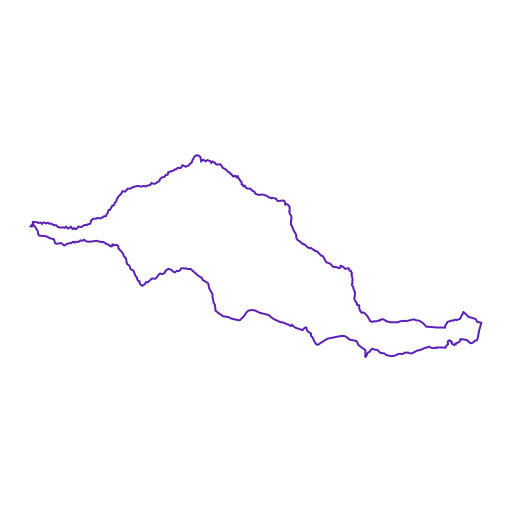 outline of Arbeláez, Cundinamarca, Colombia
{"feature_id": "7082276B25654639268061", "entity_name": "Arbeláez", "entity_type": "district", "adm_level": 2, "iso_a3": "COL", "parent_name": "Colombia", "parent_adm1": "Cundinamarca", "projection": "natural_earth1", "projection_center": [-74.432, 4.234], "detail": "fine", "context": "isolated", "style": "outline", "palette": "violet", "viewbox_px": 512, "rotation_deg": 0, "n_neighbors": 0, "source": "geoboundaries", "source_scale": "gbopen_adm2", "svg_char_len": 6052}
<svg xmlns="http://www.w3.org/2000/svg" viewBox="0 0 512 512"><path d="M142.2,285.8L144.7,284.3L145.9,282.2L147.5,282.4L150.2,280.2L151.4,278.8L152.3,278.5L155.2,278.8L156.7,277.5L158.2,275.2L160.0,273.5L161.9,274.2L164.4,273.2L165.5,270.8L168.0,269.0L168.8,268.9L171.0,269.7L174.0,272.2L174.9,272.4L176.7,270.9L178.6,271.1L179.7,270.6L181.2,268.3L183.4,268.3L184.5,268.6L186.1,268.3L187.6,269.1L190.6,269.0L198.7,276.1L201.9,277.9L202.6,279.9L207.7,282.9L208.3,283.6L209.1,288.1L212.5,294.2L212.5,297.7L213.2,299.2L213.1,300.5L213.6,302.6L215.0,305.2L215.5,310.6L219.1,313.6L221.4,314.9L222.6,316.2L228.5,317.1L231.3,318.6L239.1,320.3L240.0,320.1L244.0,316.1L246.5,312.4L248.5,310.6L251.5,310.0L254.8,310.4L259.8,312.8L268.5,315.0L273.4,318.9L280.5,322.2L282.9,322.4L287.4,324.4L288.8,324.6L290.7,326.1L291.3,326.0L291.9,324.8L292.2,324.9L294.1,326.9L296.2,328.0L302.6,330.1L304.7,327.8L306.3,327.5L307.0,330.4L308.1,331.7L311.0,333.5L311.1,336.0L312.8,337.7L314.2,341.2L316.3,344.3L317.1,344.7L318.1,344.7L323.6,341.0L327.8,338.6L340.9,336.0L343.8,336.0L345.5,336.4L348.4,338.5L349.1,339.5L356.2,340.9L357.4,342.6L358.3,344.8L359.3,345.7L365.4,350.2L365.4,354.9L365.1,356.2L365.6,356.8L366.0,356.6L367.8,352.7L369.6,351.8L371.0,349.7L372.2,348.8L375.8,349.9L377.3,349.9L380.3,352.8L384.2,353.4L386.4,355.1L391.8,356.2L395.4,355.5L397.1,354.4L399.5,353.8L402.5,354.1L404.7,352.7L408.2,352.6L409.4,353.3L412.1,353.3L417.3,350.5L419.4,350.3L425.7,347.6L427.0,347.7L428.8,346.6L431.1,347.7L433.1,348.1L434.6,348.1L435.5,347.5L436.8,348.0L437.0,347.6L438.5,347.4L445.5,347.6L446.4,345.7L447.9,344.6L448.0,343.4L447.6,342.4L447.9,341.4L449.5,340.2L450.2,340.9L450.9,341.1L451.1,342.2L451.7,342.1L451.7,342.9L452.3,344.0L454.4,345.0L454.7,344.3L455.8,344.4L456.2,343.0L458.0,342.7L459.4,341.8L460.5,339.1L461.4,339.7L462.8,339.2L467.0,340.1L467.9,341.3L469.1,341.8L470.0,342.9L471.4,343.2L473.2,342.4L475.0,340.6L476.6,340.5L477.1,339.7L477.8,338.0L479.1,330.7L481.3,322.8L477.2,321.8L475.6,319.1L474.5,318.6L468.0,316.7L467.3,315.5L463.6,312.1L463.2,312.2L462.6,314.1L461.3,316.0L460.2,318.7L456.7,320.1L455.3,319.6L453.3,320.6L452.2,320.4L447.6,321.9L445.3,325.5L445.1,327.6L437.1,327.5L426.2,326.6L422.9,323.0L419.2,320.7L415.8,320.2L413.8,319.3L406.3,321.1L402.9,320.8L399.6,321.5L398.1,322.3L389.5,322.2L387.2,321.3L386.2,321.3L385.6,320.6L382.7,319.1L380.7,319.6L380.1,320.5L379.2,320.3L376.9,321.2L373.2,321.4L372.1,321.9L370.4,321.2L369.8,320.8L369.6,319.8L367.1,315.8L365.2,313.7L363.4,312.4L361.7,312.8L360.1,310.7L359.2,307.9L359.3,306.1L359.1,305.3L357.2,305.1L356.8,303.3L354.6,299.9L354.2,298.0L354.7,296.9L355.0,292.1L353.6,289.3L353.4,287.6L351.8,284.6L352.5,283.2L352.3,280.9L352.6,280.0L352.3,277.4L351.4,274.6L352.0,273.2L351.3,272.3L351.1,271.2L349.5,270.6L349.1,268.9L348.3,268.2L345.3,268.9L343.0,266.7L341.4,266.3L341.0,265.8L340.5,266.0L340.8,267.0L339.4,268.1L338.3,268.0L337.2,267.3L332.8,266.7L330.4,263.8L326.2,262.2L323.1,256.5L322.0,255.7L321.0,255.5L317.1,251.4L314.9,250.8L314.1,249.8L312.9,249.5L311.0,248.0L309.4,248.1L307.6,247.4L305.0,244.7L304.1,244.6L303.5,243.9L302.4,243.8L299.5,241.1L297.6,240.0L296.4,238.2L296.2,234.8L293.2,229.6L291.8,225.6L290.9,224.5L291.1,220.0L291.4,219.5L291.5,217.8L291.0,215.4L289.7,213.7L289.6,212.3L289.1,211.5L289.7,210.7L289.5,206.6L288.1,204.9L286.6,204.0L285.3,204.6L285.0,202.5L284.3,200.9L283.3,200.5L278.1,201.0L277.3,200.6L275.9,198.6L272.4,197.9L271.3,198.3L270.8,197.7L269.1,197.6L266.6,195.6L264.6,195.3L263.9,194.8L261.3,194.5L259.3,195.0L256.3,194.1L255.1,193.4L254.4,191.7L252.6,190.9L250.3,188.7L248.0,188.7L246.1,188.0L244.9,185.8L243.8,186.3L243.3,186.0L242.8,184.7L241.6,184.4L241.5,182.0L239.4,179.6L239.0,178.4L237.8,177.8L237.9,176.5L237.6,176.1L236.4,177.1L235.1,175.8L234.0,175.9L233.6,176.5L233.0,176.4L231.3,174.1L230.3,173.7L229.8,172.6L228.4,172.1L226.0,169.6L222.8,167.8L220.7,164.6L219.4,164.3L216.9,164.6L215.6,163.9L215.0,162.7L213.5,162.3L212.4,161.5L211.2,162.8L210.2,161.1L207.7,160.2L207.3,160.1L205.7,161.3L203.2,159.7L201.2,161.3L200.3,156.8L197.6,155.2L195.2,155.8L193.8,157.7L193.4,158.9L192.5,159.9L192.1,161.8L191.3,162.5L191.2,163.1L189.6,164.1L188.6,165.6L187.5,165.8L185.8,166.7L182.6,165.3L182.2,165.4L181.3,167.4L180.6,168.0L177.7,167.9L176.0,169.5L175.0,169.3L173.8,170.3L168.1,172.4L168.0,173.9L167.5,174.8L165.8,174.9L164.4,176.9L162.1,177.3L159.9,179.3L159.3,181.3L157.9,181.6L156.6,182.8L154.8,183.8L153.6,183.8L151.5,183.0L150.4,185.0L147.6,185.5L145.8,186.5L144.4,185.9L140.4,186.6L138.8,185.9L137.0,186.1L133.1,187.0L130.2,188.7L127.7,188.6L125.2,191.6L122.4,191.3L121.1,193.9L118.3,196.6L116.7,199.4L116.3,201.2L114.7,202.9L114.2,204.9L113.7,205.4L112.5,205.5L109.9,209.9L108.5,210.1L107.7,213.1L106.5,214.4L106.0,216.1L104.2,216.2L102.9,217.3L101.4,217.7L100.3,218.5L97.3,217.9L96.5,218.6L93.2,218.8L91.0,220.8L90.5,223.2L89.8,224.0L88.1,224.2L86.9,225.1L84.5,225.0L81.2,227.1L78.4,226.6L77.2,228.2L75.4,229.1L74.8,228.9L74.1,228.1L72.5,229.0L70.8,226.7L68.7,228.4L67.7,228.4L66.3,226.8L64.8,227.8L63.9,227.4L59.6,227.6L57.6,226.8L56.1,225.2L53.4,225.1L51.5,223.6L49.6,223.8L48.0,222.7L46.1,223.4L43.8,222.4L43.1,222.6L42.0,223.9L40.3,222.5L38.3,223.0L37.0,222.2L32.9,222.0L32.8,222.4L33.3,222.8L33.1,223.5L30.7,226.3L31.9,226.5L33.5,225.2L34.3,225.6L37.7,231.1L38.2,234.1L39.4,235.7L46.0,236.2L50.1,238.3L53.7,239.2L54.2,240.0L54.9,242.9L56.2,243.8L61.3,243.1L63.9,245.4L64.8,245.4L66.4,244.1L69.0,243.2L70.7,243.3L73.0,241.8L73.8,241.8L74.4,242.6L74.9,242.6L76.0,241.8L78.5,241.9L80.5,240.4L82.7,240.8L83.6,239.9L84.3,239.8L85.7,241.0L86.9,241.6L90.5,241.7L96.5,240.8L98.5,241.5L99.8,241.4L100.8,242.1L103.1,241.9L104.9,242.8L106.2,244.0L108.3,244.5L109.7,245.8L111.0,246.4L111.8,246.4L112.4,245.8L112.2,244.6L112.5,244.3L114.6,245.3L116.8,244.8L118.4,246.4L118.3,248.2L122.5,252.8L123.6,255.1L123.7,256.0L125.9,258.2L127.0,263.9L129.4,265.6L130.6,269.3L132.3,269.9L133.5,270.8L135.6,276.2L136.9,277.4L137.1,278.8L138.0,280.7L139.5,281.2L139.6,283.2L141.1,285.1L142.2,285.8Z" fill="none" stroke="#5b21b6" stroke-width="2"/></svg>